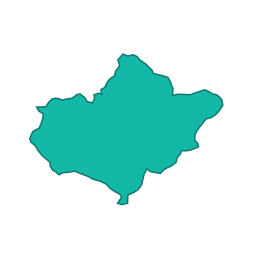 outline of Vargem, São Paulo, Brazil, rotated 256°
{"feature_id": "56859067B88697914200534", "entity_name": "Vargem", "entity_type": "district", "adm_level": 2, "iso_a3": "BRA", "parent_name": "Brazil", "parent_adm1": "São Paulo", "projection": "albers", "projection_center": [-46.413, -22.894], "detail": "fine", "context": "isolated", "style": "filled", "palette": "teal", "viewbox_px": 256, "rotation_deg": 256, "n_neighbors": 0, "source": "geoboundaries", "source_scale": "gbopen_adm2", "svg_char_len": 1574}
<svg xmlns="http://www.w3.org/2000/svg" viewBox="0 0 256 256"><g transform="rotate(256 128 128)"><path d="M170.4,44.4L165.7,45.7L162.3,49.2L158.3,47.8L154.1,45.3L149.1,41.6L148.6,37.9L147.3,34.5L141.4,30.1L137.9,30.3L133.3,33.7L128.3,35.2L123.0,37.5L117.9,40.9L113.8,44.0L109.8,43.4L105.8,44.4L102.7,47.5L99.3,49.8L100.4,54.2L99.5,58.9L99.1,65.5L93.9,72.9L90.4,77.9L86.7,81.8L83.4,87.8L78.9,93.2L73.7,96.1L70.1,99.3L65.8,103.9L62.7,105.2L57.4,99.7L55.1,103.7L55.1,109.4L58.8,110.4L63.0,111.7L64.2,118.4L65.7,122.6L68.3,126.1L70.9,128.1L79.2,132.4L83.8,136.4L80.4,139.0L77.8,144.5L76.1,148.4L78.8,152.8L80.1,156.8L80.5,160.1L81.8,163.5L83.3,166.6L87.1,168.2L89.7,172.0L93.1,174.8L91.8,178.9L91.5,183.8L92.0,187.8L92.8,191.9L95.9,192.1L99.9,189.8L104.9,191.2L108.3,193.9L111.9,198.1L114.6,201.8L117.9,205.9L118.0,210.9L119.8,216.4L123.2,221.3L127.0,225.4L132.4,225.9L136.1,224.2L139.1,221.6L140.6,218.2L143.3,215.8L146.6,211.6L146.2,206.9L145.8,201.8L145.2,196.5L146.9,190.7L148.5,185.3L148.9,179.0L151.8,179.9L155.3,181.3L158.5,180.6L162.1,180.4L167.5,178.9L170.6,173.9L172.8,169.4L174.8,165.7L178.1,165.4L181.6,163.1L185.4,161.0L188.2,158.5L191.6,155.7L195.1,154.1L197.7,150.9L197.8,145.3L200.9,141.0L196.5,134.7L190.4,135.0L186.0,129.6L181.8,127.5L180.6,123.5L177.9,119.3L172.8,115.2L171.9,111.0L167.0,110.7L168.8,108.1L168.4,103.0L164.7,102.7L160.9,99.7L163.5,94.7L167.6,93.5L172.6,89.8L172.8,86.5L171.4,83.6L170.4,80.5L171.1,75.2L170.8,71.1L172.8,68.5L174.4,65.1L174.4,60.9L172.0,57.2L168.5,53.5L170.4,44.4Z" fill="#14b8a6" stroke="#0f766e" stroke-width="1.5"/></g></svg>